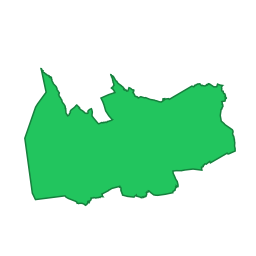 Grue nor, Hedmark, Norway, rotated 172°
{"feature_id": "86288312B6649018055667", "entity_name": "Grue nor", "entity_type": "district", "adm_level": 2, "iso_a3": "NOR", "parent_name": "Norway", "parent_adm1": "Hedmark", "projection": "mercator", "projection_center": [12.179, 60.414], "detail": "fine", "context": "isolated", "style": "filled", "palette": "green", "viewbox_px": 256, "rotation_deg": 172, "n_neighbors": 0, "source": "geoboundaries", "source_scale": "gbopen_adm2", "svg_char_len": 5750}
<svg xmlns="http://www.w3.org/2000/svg" viewBox="0 0 256 256"><g transform="rotate(172 128 128)"><path d="M33.2,159.0L34.4,156.5L37.3,156.8L40.7,159.9L41.0,159.9L41.0,160.1L41.4,160.4L41.7,160.3L41.9,160.6L42.3,160.7L42.5,160.2L43.3,160.0L43.2,159.8L43.4,159.5L44.2,159.4L44.4,159.8L45.1,159.1L45.9,158.9L48.0,159.5L48.6,160.0L49.1,159.7L49.4,159.8L50.3,161.0L50.5,161.6L51.4,161.9L52.7,161.7L53.0,161.9L53.7,161.5L54.3,161.5L54.5,161.1L55.4,161.0L55.7,161.1L56.1,160.7L56.1,160.4L56.9,160.1L56.8,159.8L56.9,159.7L57.5,159.7L58.9,160.6L83.2,150.6L83.6,151.4L86.8,151.5L88.2,150.8L88.3,151.7L88.1,152.0L89.3,152.0L89.7,149.9L91.5,149.1L92.3,149.3L93.6,149.7L95.6,150.8L97.2,151.4L98.0,151.9L102.1,153.2L106.3,155.6L107.5,155.6L111.0,157.2L113.7,156.3L114.0,156.8L114.2,157.3L114.8,157.8L115.5,157.8L115.6,158.1L116.7,158.6L116.7,159.1L116.9,159.6L117.0,160.3L117.5,161.1L117.6,161.7L118.1,162.2L117.9,162.3L117.7,162.8L117.0,164.2L117.1,164.7L117.3,164.6L117.2,164.9L118.5,165.3L119.9,166.9L121.4,167.8L123.0,164.7L124.3,164.8L124.5,165.7L124.8,165.9L124.9,166.1L125.2,165.8L126.1,166.1L126.8,166.6L126.9,166.8L126.3,167.4L126.3,167.6L126.5,167.9L126.8,167.9L127.4,169.4L127.9,169.9L128.3,170.0L128.8,171.0L129.5,171.2L129.6,171.6L129.9,172.0L130.7,172.6L131.1,173.2L131.6,173.6L132.2,174.6L132.5,175.7L133.0,175.9L134.1,177.7L134.3,178.6L135.1,180.4L135.1,180.6L135.9,181.7L136.9,182.1L137.3,183.1L137.6,183.2L137.6,182.8L137.1,181.3L137.2,180.9L136.8,180.6L136.8,180.0L136.6,179.6L136.7,179.3L136.6,179.1L136.5,177.8L136.4,177.6L136.6,177.1L136.4,176.6L136.4,175.2L136.0,174.2L136.0,172.1L137.0,171.4L137.2,170.7L138.1,170.5L138.9,169.9L137.9,168.8L137.2,168.4L137.2,167.8L136.5,166.9L136.4,166.2L136.5,165.8L136.3,165.7L136.0,164.9L142.6,163.7L150.6,161.4L149.3,157.5L148.5,153.8L147.7,148.0L145.3,142.8L142.6,138.7L142.2,138.5L142.8,138.1L144.2,137.7L144.9,137.7L145.3,137.4L147.4,137.3L147.4,137.0L148.7,136.7L148.9,136.5L149.6,137.0L150.5,136.7L150.6,136.9L151.5,137.0L152.1,136.5L153.1,137.1L156.3,136.2L156.7,136.4L157.3,137.1L160.5,142.3L161.9,144.8L161.8,146.1L161.1,148.7L161.3,151.1L161.6,152.2L163.2,151.8L164.9,150.8L165.4,149.9L165.4,148.6L165.8,148.2L166.6,148.1L167.3,148.5L168.2,148.5L168.9,149.3L169.1,149.8L169.9,150.4L170.0,150.7L170.6,151.4L172.0,152.4L172.8,153.4L173.5,154.2L173.6,154.3L173.2,154.8L174.1,156.1L175.2,157.3L175.3,157.6L175.5,157.9L176.4,157.4L177.2,156.6L178.9,155.4L181.8,153.8L182.9,152.5L183.0,152.0L182.9,151.6L183.2,151.0L184.0,150.4L184.1,149.8L184.6,149.2L185.9,148.4L187.1,150.8L187.4,151.9L187.2,152.6L187.3,153.5L187.0,154.4L187.2,155.0L187.1,155.7L187.0,155.8L187.5,156.6L187.2,157.0L187.2,157.6L187.5,159.2L187.8,159.5L188.3,160.8L188.9,161.7L189.4,162.6L189.7,163.7L189.6,164.3L189.9,165.6L190.5,166.3L190.7,167.7L191.3,168.1L191.8,169.6L191.7,170.8L192.0,171.2L191.2,172.0L191.1,172.4L192.0,173.8L192.3,174.9L192.9,175.7L193.0,176.2L192.8,177.1L193.5,179.1L195.8,182.3L196.0,183.6L196.3,183.9L196.5,184.9L196.9,185.8L196.9,186.1L196.6,186.6L196.8,187.3L197.1,187.8L196.8,188.3L196.9,188.8L197.4,189.4L198.1,189.1L198.2,189.5L198.7,189.5L198.9,190.0L198.7,190.4L198.8,190.6L199.2,190.6L199.7,191.2L200.8,191.8L201.4,192.2L201.6,192.8L202.3,193.2L203.2,194.4L204.5,195.0L204.7,195.5L204.3,195.9L204.1,196.5L205.1,197.1L205.2,198.0L205.5,198.8L205.9,198.9L205.6,196.7L204.1,174.8L214.2,164.4L216.6,161.5L231.6,132.2L231.8,76.8L229.6,70.0L199.9,69.6L199.0,68.2L196.8,66.5L190.4,62.9L189.0,61.8L189.0,61.0L188.8,60.5L188.0,60.5L187.4,60.0L186.4,60.2L183.9,59.8L182.4,58.9L181.6,58.3L181.0,57.4L179.8,57.8L179.5,58.1L179.5,58.4L178.7,58.7L178.2,59.4L178.3,59.9L178.2,60.5L177.6,61.1L177.2,61.0L177.3,60.4L176.9,59.6L176.3,60.4L176.1,61.1L174.7,62.0L174.5,62.5L174.6,62.9L174.0,63.4L174.1,63.7L172.1,63.6L171.5,63.9L169.5,63.1L168.4,63.4L167.4,63.1L166.0,63.5L165.4,63.1L164.8,63.7L164.1,63.8L162.4,63.5L162.7,64.0L162.8,64.9L162.8,65.5L163.1,66.2L155.8,68.8L155.3,69.5L154.7,69.4L152.5,70.4L144.9,71.3L144.9,70.8L144.4,70.4L144.3,71.1L144.2,71.2L143.9,70.2L143.5,70.1L143.3,69.1L143.4,68.2L143.7,67.8L143.4,67.1L143.4,66.9L143.6,66.8L143.5,66.6L143.5,65.9L143.1,65.1L143.1,64.2L142.8,63.6L142.7,62.3L137.9,60.3L131.9,58.8L131.5,58.8L130.3,59.9L129.7,60.1L129.3,59.9L129.1,60.2L128.9,59.3L125.8,58.0L124.6,57.1L124.1,57.2L123.6,57.7L122.6,57.9L122.2,57.5L122.3,57.2L121.5,57.5L121.1,57.4L120.5,57.6L120.4,57.9L120.2,57.8L120.0,58.0L119.7,57.9L119.6,58.4L119.1,58.9L118.6,60.1L118.8,61.3L118.6,61.3L118.4,61.9L117.1,61.7L116.7,62.4L116.7,62.7L116.6,63.0L116.0,62.7L114.4,60.8L111.8,58.2L110.0,57.6L107.9,57.2L100.3,57.2L92.6,57.7L92.6,58.3L92.2,59.0L90.3,59.7L90.2,60.4L89.9,60.4L89.9,60.8L88.9,62.2L89.0,62.7L89.0,63.0L88.1,62.7L88.0,62.9L88.1,63.8L87.4,63.1L86.7,63.0L86.5,63.6L86.4,65.0L86.7,68.2L87.9,70.7L88.6,73.6L89.6,76.8L89.5,79.1L86.4,79.1L81.1,78.3L77.4,78.5L69.3,78.3L60.7,76.0L60.7,78.9L59.3,79.1L58.8,79.5L58.7,80.5L58.2,80.5L57.0,81.7L56.1,81.6L55.6,81.3L51.7,83.5L51.3,82.0L33.4,89.3L33.0,88.6L32.0,88.3L25.1,90.3L24.8,92.8L25.0,95.3L24.3,98.7L24.4,99.5L24.3,100.7L24.4,101.1L24.5,101.7L24.2,102.1L24.4,102.4L24.4,104.2L24.6,104.9L24.5,105.1L24.6,105.4L25.0,105.9L25.2,107.9L24.8,109.1L24.5,109.4L24.6,111.0L25.1,111.9L31.5,117.8L32.3,119.1L34.7,121.8L34.9,127.5L34.5,129.0L33.2,133.5L32.4,133.8L32.2,134.3L32.3,134.5L32.2,134.9L31.2,135.9L30.9,136.5L31.0,136.8L31.0,137.7L31.3,138.0L31.0,138.2L31.3,139.2L31.2,139.8L31.4,141.1L28.2,141.2L27.8,142.4L27.7,143.3L26.6,143.6L26.4,144.0L27.0,145.2L27.7,145.4L27.2,146.1L27.0,146.9L27.2,147.2L27.5,148.6L28.3,148.7L28.5,149.4L28.7,149.6L28.8,150.3L28.6,151.1L29.9,151.7L30.0,152.3L29.6,154.3L29.7,154.7L29.6,155.8L29.0,156.3L28.9,156.7L28.8,156.9L28.6,157.0L31.1,157.8L33.2,159.0Z" fill="#22c55e" stroke="#15803d" stroke-width="1.5"/></g></svg>